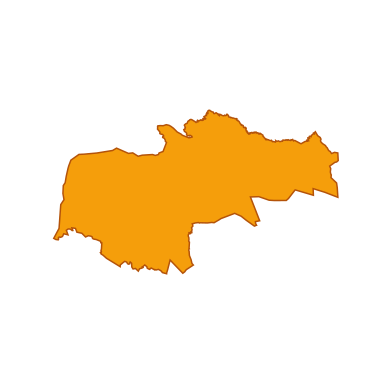 Pasienes pag., Zilupes, Latvia, rotated 223°
{"feature_id": "27541924B2510682390951", "entity_name": "Pasienes pag.", "entity_type": "district", "adm_level": 2, "iso_a3": "LVA", "parent_name": "Latvia", "parent_adm1": "Zilupes", "projection": "equal_earth", "projection_center": [28.149, 56.234], "detail": "fine", "context": "isolated", "style": "filled", "palette": "amber", "viewbox_px": 384, "rotation_deg": 223, "n_neighbors": 0, "source": "geoboundaries", "source_scale": "gbopen_adm2", "svg_char_len": 6091}
<svg xmlns="http://www.w3.org/2000/svg" viewBox="0 0 384 384"><g transform="rotate(223 192 192)"><path d="M122.9,217.1L145.9,228.2L139.9,234.2L130.0,238.6L126.0,241.9L117.3,250.1L117.0,252.9L118.0,263.9L101.0,272.4L105.7,277.1L94.6,282.4L81.7,287.6L88.7,294.2L92.4,297.2L100.1,297.3L101.8,299.5L102.6,299.7L104.5,301.0L106.5,303.7L109.0,304.8L107.7,311.2L106.7,312.6L106.5,314.7L112.0,320.0L114.8,318.2L116.1,315.4L116.3,315.3L118.6,315.9L119.4,315.6L121.0,315.7L123.1,316.5L125.0,316.6L126.0,317.0L129.7,316.4L132.2,316.6L133.1,317.3L133.7,318.6L135.4,319.3L138.5,318.9L142.9,320.2L142.9,318.8L143.2,318.3L142.4,318.2L142.1,317.9L143.0,317.4L143.2,315.6L143.1,314.9L143.3,314.6L142.6,313.7L144.1,312.8L144.0,312.4L143.5,311.8L142.7,311.5L142.9,310.8L143.9,310.9L144.2,310.6L143.9,310.3L143.0,310.3L142.8,310.0L142.9,309.5L142.2,309.2L142.9,308.9L143.4,308.2L143.1,308.0L142.6,308.3L142.0,308.3L142.2,307.8L143.0,307.5L143.0,307.0L143.7,306.2L145.1,301.8L145.5,301.5L151.9,299.8L152.5,299.1L152.7,298.6L154.2,299.1L154.4,298.4L155.2,297.8L154.8,297.2L155.1,296.8L156.4,296.1L157.1,296.0L157.2,295.7L157.2,295.3L157.9,295.2L158.1,294.9L158.0,294.6L158.9,294.3L158.9,293.6L160.9,292.0L160.6,291.5L160.5,290.8L161.2,290.4L161.4,289.6L162.2,288.7L163.7,288.3L164.3,287.2L164.9,286.8L165.7,286.7L165.3,286.4L165.0,285.5L167.0,284.3L167.5,283.7L169.1,284.0L169.2,283.5L170.6,282.6L171.8,282.3L172.1,281.9L173.4,281.6L173.2,281.1L173.4,280.7L173.8,280.6L174.4,280.7L175.0,281.1L176.0,280.9L176.7,281.2L178.1,281.2L178.8,281.9L181.8,281.5L181.7,281.1L182.4,280.9L182.1,280.7L182.4,280.1L182.9,280.0L183.0,280.3L182.8,280.6L183.3,280.6L183.7,280.0L184.4,280.0L184.6,279.7L185.3,279.6L185.3,279.1L185.9,279.5L186.8,278.7L186.7,278.3L187.2,278.2L187.4,278.0L187.6,277.5L187.2,277.2L187.8,276.8L187.8,276.4L188.3,276.3L188.5,276.1L188.9,276.3L189.3,275.4L189.8,275.1L189.4,274.7L189.2,274.2L189.7,273.3L190.0,273.0L190.4,273.1L190.2,273.5L190.5,273.7L190.8,273.2L191.5,273.0L191.9,273.2L191.9,273.7L192.1,273.8L192.4,273.8L192.5,273.3L193.0,273.3L193.9,273.7L193.8,274.1L194.8,274.2L195.3,274.7L195.7,274.8L195.6,275.2L195.8,275.5L196.5,275.1L197.0,275.3L196.9,275.6L197.2,275.6L197.8,275.1L198.0,274.5L198.2,274.4L198.8,274.6L199.7,275.4L200.5,275.4L201.1,275.0L201.1,274.6L201.5,274.5L201.8,274.6L202.0,275.0L203.0,274.8L205.8,275.7L206.8,275.4L207.1,275.6L207.3,275.3L208.7,275.2L209.0,275.4L208.9,276.1L209.3,276.1L209.7,275.9L210.5,275.0L212.2,274.3L212.7,273.7L213.8,273.5L214.3,272.8L215.2,272.8L215.9,272.1L216.6,272.1L217.5,272.8L219.4,272.8L219.6,272.5L219.2,271.5L219.5,270.8L220.5,270.5L220.6,269.5L222.0,268.6L223.0,268.3L223.7,268.3L225.0,267.5L225.0,267.1L224.1,266.8L224.0,266.5L225.6,266.4L226.3,266.9L227.2,266.5L228.1,266.5L228.5,266.2L229.0,264.7L229.3,264.4L229.9,264.4L231.1,264.9L232.0,264.3L233.4,264.0L233.8,263.7L234.6,263.9L235.3,263.4L235.6,262.7L235.6,261.9L234.3,260.6L235.1,260.2L234.8,260.0L234.0,260.2L233.9,260.0L234.1,259.7L235.4,259.5L234.8,259.3L234.8,258.9L233.6,257.8L234.3,257.4L234.2,255.9L234.6,255.6L234.7,255.3L234.2,255.0L232.0,255.0L231.9,254.6L232.5,254.2L233.0,254.2L233.4,253.8L233.5,253.3L234.0,253.2L234.0,252.9L233.4,252.4L232.8,252.7L232.8,252.3L233.4,251.2L233.8,251.0L234.6,251.0L234.8,250.7L234.6,250.4L235.0,250.1L235.4,248.7L236.9,248.2L236.7,247.6L235.7,247.2L236.5,246.2L236.5,245.6L237.5,245.6L241.7,244.7L242.5,244.1L242.9,243.1L242.7,242.4L243.0,242.0L243.2,241.0L242.4,238.8L243.0,237.9L243.3,236.0L243.0,235.5L242.2,235.3L240.7,234.5L240.8,233.9L240.1,233.3L240.0,233.0L240.6,232.1L239.2,231.3L238.6,231.2L237.2,231.5L236.1,231.3L235.8,231.2L235.3,230.4L234.1,230.0L233.7,230.2L233.1,230.9L232.2,231.2L232.3,231.9L231.6,232.4L230.0,232.6L229.4,232.3L230.2,230.9L231.2,229.5L237.8,226.9L239.4,226.9L243.7,225.8L249.1,226.0L252.3,225.6L254.3,225.1L256.7,223.7L258.3,220.8L260.5,218.9L262.1,217.1L262.0,216.6L260.6,215.2L260.2,214.5L256.5,214.0L255.8,213.4L255.5,212.9L255.2,212.8L254.1,213.2L253.0,213.9L251.5,213.9L250.9,213.6L251.1,212.5L250.8,212.0L250.4,211.9L248.9,212.4L246.9,211.7L246.1,210.9L244.4,210.8L240.8,201.9L242.7,198.1L242.1,196.5L243.8,193.7L246.4,192.5L253.5,185.0L255.8,181.4L262.0,180.2L264.8,176.9L277.1,172.6L278.4,168.2L288.1,155.7L296.6,146.2L300.3,142.4L302.3,132.7L299.9,126.9L298.7,124.6L294.8,117.9L291.1,112.3L290.5,108.9L285.4,102.9L280.4,99.1L279.4,93.3L264.4,74.7L261.5,63.8L259.2,64.4L257.2,65.8L257.5,66.7L258.4,67.2L258.5,68.2L258.2,68.7L257.2,69.2L256.4,71.1L257.3,74.0L253.5,76.1L257.8,78.3L257.4,80.3L256.8,81.1L255.5,81.9L253.3,82.1L252.9,82.6L255.4,83.9L252.4,85.9L248.8,84.1L244.4,86.7L239.2,86.5L238.0,89.3L235.7,90.8L234.5,91.1L233.4,90.4L232.5,90.3L231.5,90.7L229.7,91.9L225.3,93.6L224.0,92.7L223.5,92.8L223.3,93.2L222.6,92.5L219.3,88.5L218.7,87.2L217.7,86.7L217.7,85.8L217.4,85.9L216.9,85.5L217.1,85.2L216.7,85.2L216.6,84.9L216.3,84.7L214.1,85.1L209.3,85.2L193.6,88.4L194.7,89.8L194.3,93.1L193.9,95.4L192.0,96.2L190.2,95.6L189.1,96.0L188.6,96.9L189.6,98.3L189.5,98.7L187.6,98.7L184.9,96.1L182.6,95.5L181.2,97.5L177.3,97.5L178.0,100.1L176.7,102.3L177.1,102.9L176.9,103.0L177.4,103.4L177.3,103.6L176.7,103.8L177.0,104.0L176.8,106.4L174.1,106.6L172.9,105.8L172.0,105.9L170.4,106.4L170.1,106.6L170.3,107.7L169.9,108.6L166.1,109.6L166.2,110.0L165.1,110.5L163.8,112.5L161.1,113.2L158.6,112.9L154.8,114.9L155.5,115.8L156.7,118.3L161.6,127.3L143.3,126.3L142.9,128.6L143.2,131.2L143.1,131.7L141.2,139.5L143.3,139.7L146.4,141.8L150.6,143.8L153.6,146.6L154.7,147.2L155.5,148.4L155.3,148.7L155.9,149.0L159.7,153.6L160.3,153.6L161.0,153.9L161.5,154.8L163.1,156.4L164.7,157.2L165.6,158.3L165.5,159.1L166.4,160.2L166.0,160.5L164.9,160.4L164.7,160.5L164.6,160.9L164.8,161.2L165.2,161.2L165.1,161.5L165.5,161.8L164.7,162.3L165.5,162.7L165.5,163.4L165.9,163.6L166.4,164.6L168.0,165.6L168.1,167.6L169.4,168.6L170.1,168.9L168.5,171.6L166.4,174.1L165.5,174.3L165.1,175.0L159.6,179.9L156.8,183.2L154.9,184.6L153.2,190.2L152.7,192.3L146.2,205.5L139.6,207.8L133.2,208.3L123.2,209.6L122.8,210.0L122.8,210.6L122.1,211.7L124.1,212.4L125.4,213.6L122.9,217.1Z" fill="#f59e0b" stroke="#b45309" stroke-width="1.5"/></g></svg>